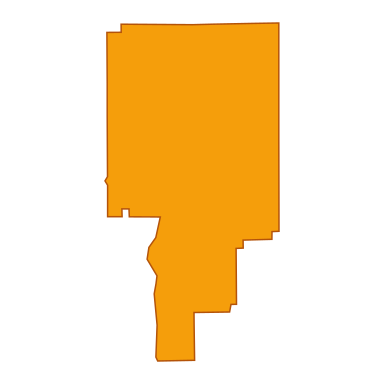 Tallapoosa, Alabama, United States of America
{"feature_id": "52423323B32872285369279", "entity_name": "Tallapoosa", "entity_type": "district", "adm_level": 2, "iso_a3": "USA", "parent_name": "United States of America", "parent_adm1": "Alabama", "projection": "equal_earth", "projection_center": [-85.836, 32.8], "detail": "fine", "context": "isolated", "style": "filled", "palette": "amber", "viewbox_px": 384, "rotation_deg": 0, "n_neighbors": 0, "source": "geoboundaries", "source_scale": "gbopen_adm2", "svg_char_len": 627}
<svg xmlns="http://www.w3.org/2000/svg" viewBox="0 0 384 384"><path d="M253.8,23.4L212.5,24.2L192.6,24.7L121.1,24.2L121.2,32.3L106.9,32.4L107.2,83.2L107.2,115.0L107.5,176.7L105.0,180.9L107.6,185.2L107.6,216.7L122.1,216.7L121.9,208.9L129.0,208.9L129.3,216.8L153.9,216.9L160.3,217.0L155.8,237.6L148.9,247.4L147.1,259.2L157.0,275.8L156.0,283.8L154.2,293.9L157.1,325.2L155.9,357.1L157.7,361.0L194.6,360.3L194.1,324.7L194.0,312.5L229.6,312.0L231.0,304.4L236.5,304.3L236.1,248.4L243.2,248.1L243.1,240.1L271.9,239.3L272.0,231.6L279.0,231.3L278.8,138.5L278.8,23.0L253.8,23.4Z" fill="#f59e0b" stroke="#b45309" stroke-width="1.5"/></svg>